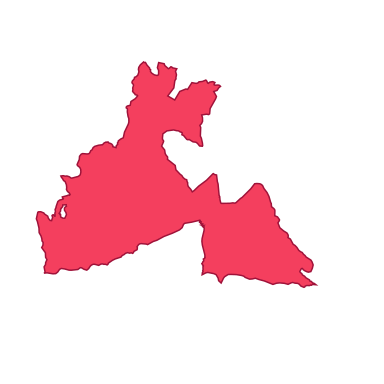 outline of Padang Lawas Utara, Sumatera Utara, Indonesia, rotated 15°
{"feature_id": "22746128B6160471216736", "entity_name": "Padang Lawas Utara", "entity_type": "district", "adm_level": 2, "iso_a3": "IDN", "parent_name": "Indonesia", "parent_adm1": "Sumatera Utara", "projection": "albers", "projection_center": [99.778, 1.636], "detail": "fine", "context": "isolated", "style": "filled", "palette": "rose", "viewbox_px": 384, "rotation_deg": 15, "n_neighbors": 0, "source": "geoboundaries", "source_scale": "gbopen_adm2", "svg_char_len": 5981}
<svg xmlns="http://www.w3.org/2000/svg" viewBox="0 0 384 384"><g transform="rotate(15 192 192)"><path d="M139.2,76.5L138.0,78.4L137.2,79.0L133.0,76.9L131.9,75.3L126.3,75.6L126.4,80.9L128.3,83.3L129.2,86.8L129.1,87.7L128.1,88.5L125.3,88.6L122.3,87.6L120.7,86.4L120.3,84.5L119.4,84.3L118.9,83.2L115.7,81.1L113.5,78.9L112.3,79.3L111.6,78.9L109.2,82.5L108.3,85.4L108.5,87.4L109.6,89.7L109.4,93.2L108.1,95.2L106.8,96.1L106.9,97.8L105.7,100.1L105.6,101.5L106.0,102.3L107.5,103.3L107.9,104.1L107.8,106.9L108.4,108.3L108.5,110.0L109.8,111.2L111.1,111.7L111.9,112.7L114.1,112.7L114.6,113.2L113.1,116.5L109.6,120.4L109.9,124.2L107.2,125.7L106.5,126.9L106.7,127.8L107.9,128.2L108.2,128.7L108.8,131.4L110.7,135.6L112.0,137.5L112.9,140.8L112.9,142.9L111.3,151.6L111.6,157.4L109.4,159.3L107.6,161.7L107.7,163.0L107.3,163.9L107.9,165.1L106.9,166.9L107.1,168.8L103.8,168.7L103.5,167.6L102.2,166.6L100.9,166.2L99.1,166.2L98.0,165.4L97.4,165.8L97.0,165.7L96.6,166.1L95.9,166.1L94.4,167.4L93.3,169.5L89.6,171.0L86.2,173.1L85.0,174.7L84.5,177.2L83.5,178.3L83.1,180.6L82.5,181.7L80.9,182.4L76.4,183.2L75.2,184.1L74.1,186.6L74.7,189.8L73.9,195.2L74.5,196.1L77.2,197.3L78.6,198.9L79.5,201.5L79.6,203.8L79.5,204.5L78.1,206.4L72.3,209.7L71.6,209.8L69.4,209.0L67.0,208.9L65.6,209.5L63.3,209.6L61.2,210.5L62.1,211.6L63.6,212.7L65.0,214.2L66.7,214.7L68.8,217.5L69.8,220.1L70.1,222.1L71.6,223.7L73.7,224.7L74.9,226.0L74.5,226.9L73.4,226.9L72.4,227.8L68.0,230.3L68.7,231.4L69.4,231.7L69.3,232.3L66.2,234.1L64.9,235.9L64.5,241.3L64.7,241.9L64.3,244.3L65.2,246.5L65.0,247.8L65.9,250.7L65.4,250.9L64.0,249.9L63.2,250.3L62.9,251.1L63.9,252.5L63.8,256.0L62.3,256.2L60.1,254.6L58.9,252.7L55.2,251.4L54.3,250.6L51.0,250.2L48.8,250.9L48.3,251.5L48.6,258.2L50.3,260.5L53.5,266.4L54.9,270.9L57.5,273.5L59.1,276.1L59.8,278.1L61.2,279.2L61.8,282.0L61.2,284.6L66.1,288.6L67.5,293.0L69.4,294.9L68.9,298.1L69.3,300.0L68.5,302.6L70.8,307.4L70.7,308.0L70.0,308.7L72.9,307.6L78.9,307.0L81.5,306.1L83.0,304.1L84.1,301.0L85.5,299.7L88.8,299.3L93.4,299.3L95.6,298.8L101.8,296.4L103.7,294.0L104.9,293.8L107.7,294.6L110.6,294.7L112.0,292.8L112.8,290.2L113.7,288.7L115.2,287.4L116.8,287.0L120.9,287.0L122.7,285.2L124.3,284.6L125.6,284.7L126.9,284.2L128.9,284.4L129.6,283.4L129.6,282.4L132.8,278.6L135.2,276.5L140.3,273.2L141.0,271.4L142.6,270.0L143.6,268.5L145.3,267.3L147.7,267.2L149.1,266.4L150.4,266.7L150.9,266.2L151.4,264.3L153.9,261.9L153.7,260.0L153.1,259.1L154.0,256.7L154.8,255.7L156.3,255.0L161.5,254.1L162.7,254.3L167.4,249.8L170.6,247.7L176.4,242.2L183.7,236.9L189.7,231.9L191.7,229.0L192.2,225.4L193.1,224.1L199.5,221.2L206.9,217.2L208.3,218.5L208.0,218.9L207.0,218.9L207.1,219.3L208.1,219.4L208.6,219.0L208.6,220.2L210.4,220.1L210.0,220.9L211.0,221.2L210.0,221.6L210.8,221.7L211.8,221.4L211.3,222.0L212.1,222.3L211.5,222.7L212.0,222.9L211.6,223.4L212.6,222.9L213.2,223.9L213.6,226.1L213.8,234.3L214.3,237.0L215.7,240.5L220.3,248.7L221.2,250.7L221.1,251.6L221.6,252.0L221.3,252.9L220.3,253.8L221.2,255.5L220.5,256.7L220.5,257.8L220.0,258.5L220.9,259.6L221.6,259.8L221.7,260.5L222.1,260.6L222.0,261.6L222.8,264.2L222.7,265.2L223.3,266.1L222.9,267.0L223.2,269.3L226.3,266.5L228.1,265.6L234.3,265.2L236.7,265.6L239.5,268.4L240.7,270.8L243.7,272.4L244.8,266.8L245.5,265.3L248.3,262.3L251.0,261.5L256.2,260.3L261.4,259.8L263.8,259.9L265.4,260.7L270.1,261.3L272.7,260.4L275.5,258.9L279.3,259.2L284.9,259.2L294.1,260.3L297.3,258.2L300.2,257.1L304.9,256.3L308.7,256.3L311.3,254.1L312.7,253.3L315.0,253.4L317.8,252.9L319.4,253.3L321.6,254.7L324.8,255.1L325.5,254.5L325.7,253.6L327.1,252.6L329.7,252.0L330.8,251.1L331.6,251.1L332.4,250.1L335.7,249.5L333.8,248.7L331.8,248.5L330.5,247.5L329.1,247.6L328.2,246.5L324.3,245.4L322.5,244.2L320.1,243.5L319.2,242.4L317.5,241.7L316.7,240.9L317.3,238.2L317.8,237.5L318.5,237.3L319.5,238.2L321.0,238.8L323.6,239.3L325.2,239.3L327.4,238.1L328.0,234.6L327.9,231.1L326.1,228.5L324.5,227.0L319.1,225.3L317.6,224.1L315.8,223.3L314.1,221.9L312.4,221.6L310.2,220.7L307.7,218.4L305.4,217.0L303.2,216.3L299.2,212.0L296.5,211.2L296.4,209.5L295.7,208.3L294.3,207.0L290.6,205.9L286.1,203.8L283.0,199.6L283.8,197.0L283.6,196.0L281.0,193.9L278.1,193.5L276.9,188.6L276.4,187.6L275.3,186.8L272.6,185.6L271.5,182.5L270.7,181.7L267.5,176.4L264.6,173.1L260.6,170.0L258.4,167.4L256.5,166.6L255.2,166.5L252.5,167.0L250.4,167.8L247.9,173.8L241.8,184.3L240.5,185.7L237.2,191.0L236.2,191.7L234.3,191.9L231.5,193.1L223.3,195.4L222.6,195.1L221.1,192.4L220.3,190.2L219.9,190.0L220.1,189.5L219.0,188.1L215.1,177.5L213.8,175.4L211.3,169.2L209.2,169.3L207.9,168.7L207.5,169.0L203.0,176.9L197.0,184.5L193.6,190.2L192.2,191.8L190.2,189.8L187.0,187.7L186.0,186.2L185.4,184.1L184.6,183.3L183.7,181.5L181.8,181.4L179.6,180.3L177.9,178.7L175.9,177.9L170.7,174.7L168.9,170.7L159.8,166.8L159.7,165.5L159.2,164.3L157.6,163.3L156.1,161.7L154.7,158.5L150.8,155.6L151.5,150.6L151.2,149.8L150.0,148.9L149.5,147.6L148.8,143.4L151.9,139.5L158.2,136.8L161.0,136.8L163.2,136.4L164.7,137.0L166.7,137.1L167.3,137.6L167.4,139.3L169.2,139.6L173.3,142.5L174.6,142.6L175.6,142.0L180.0,143.3L182.8,142.9L184.7,143.6L187.4,145.6L190.2,145.1L190.3,144.4L189.4,142.0L187.1,137.6L185.6,135.8L183.7,127.4L182.3,125.6L183.5,123.5L183.9,120.9L182.9,117.5L181.4,115.1L185.8,113.1L188.1,112.9L188.8,111.9L187.9,106.7L190.7,95.8L190.9,93.4L187.0,89.3L189.9,87.4L190.9,84.4L192.2,82.6L191.0,81.9L189.5,81.9L186.9,82.8L185.8,82.8L185.4,82.1L185.8,80.3L183.5,80.0L180.8,81.2L179.6,82.8L179.0,82.7L177.2,80.7L176.4,80.3L173.5,82.5L170.2,83.8L169.3,85.3L168.4,85.8L167.1,86.1L163.6,86.4L161.2,94.0L159.4,94.1L154.2,98.0L151.5,107.6L143.7,105.5L147.5,96.2L146.6,88.8L147.3,86.9L146.8,85.5L146.7,82.9L144.8,79.6L145.4,76.9L141.0,77.1L140.1,76.5L139.2,76.5ZM70.5,238.0L73.7,236.9L73.7,237.3L74.4,238.3L73.4,239.4L73.0,240.7L73.5,242.6L75.6,244.5L76.6,246.5L75.9,250.3L74.1,250.7L71.6,250.1L71.2,248.7L69.6,247.3L70.2,247.2L69.4,246.6L70.0,244.4L69.6,242.9L70.0,241.6L69.8,241.5L70.9,239.6L70.5,238.0Z" fill="#f43f5e" stroke="#9f1239" stroke-width="1.5"/></g></svg>